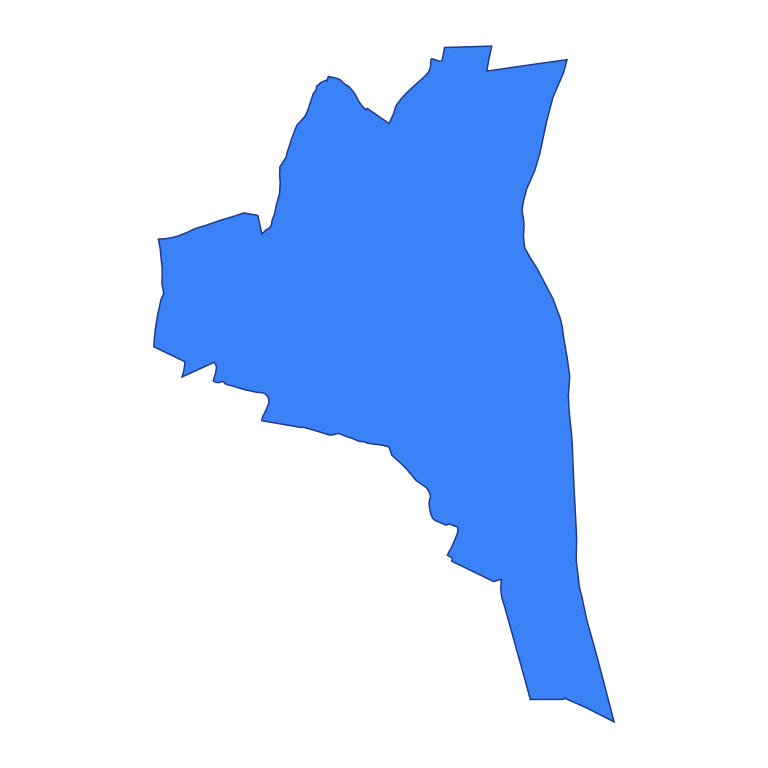 Santa Apolonia Teacalco, Tlaxcala, Mexico (Robinson projection)
{"feature_id": "50627088B24187550597040", "entity_name": "Santa Apolonia Teacalco", "entity_type": "district", "adm_level": 2, "iso_a3": "MEX", "parent_name": "Mexico", "parent_adm1": "Tlaxcala", "projection": "robinson", "projection_center": [-98.317, 19.242], "detail": "fine", "context": "isolated", "style": "filled", "palette": "blue", "viewbox_px": 768, "rotation_deg": 0, "n_neighbors": 0, "source": "geoboundaries", "source_scale": "gbopen_adm2", "svg_char_len": 3162}
<svg xmlns="http://www.w3.org/2000/svg" viewBox="0 0 768 768"><path d="M614.1,721.9L602.5,677.4L601.5,673.7L595.6,651.4L586.8,620.1L581.7,596.0L579.4,587.1L576.2,560.3L576.6,537.2L575.0,505.6L573.6,478.9L572.2,443.0L572.0,440.5L571.3,431.8L569.9,418.9L569.0,409.1L568.4,396.1L569.2,383.6L569.7,376.3L567.4,359.3L563.6,337.2L562.3,327.2L560.3,318.5L552.8,298.4L536.9,268.2L529.8,257.0L524.9,248.2L524.1,243.0L523.4,235.6L524.0,227.6L523.8,221.5L522.7,214.3L522.0,210.5L523.4,201.1L526.8,188.7L534.9,170.1L539.9,153.3L543.7,135.2L546.8,120.6L553.0,97.2L559.2,82.9L563.6,72.5L567.0,59.7L534.5,64.2L486.8,71.1L488.9,59.2L491.7,46.1L444.6,47.5L442.1,60.3L440.7,61.2L439.7,61.3L431.7,58.7L430.8,59.9L430.7,61.7L430.6,66.0L429.7,69.4L428.5,72.0L425.2,75.9L415.3,84.8L406.0,93.5L400.7,99.4L397.3,103.9L395.7,106.6L394.6,110.3L393.2,114.5L391.2,118.9L389.2,123.6L367.1,108.3L366.0,109.9L362.5,106.4L359.5,102.5L357.6,98.9L355.6,95.2L354.4,93.1L350.0,87.7L348.4,86.2L346.1,84.9L344.7,84.2L340.3,79.8L337.6,78.6L333.4,77.6L328.3,76.5L327.1,80.7L326.6,80.2L326.3,80.1L321.0,82.5L317.5,85.5L316.6,86.0L316.1,89.8L313.3,93.6L311.7,98.4L309.8,104.0L308.1,109.6L305.0,116.4L303.3,118.2L300.3,121.6L297.3,124.6L295.0,129.5L293.5,134.1L291.4,139.4L290.0,144.1L287.9,150.2L286.2,156.8L283.2,161.8L279.9,166.8L279.6,174.3L280.2,183.1L279.5,193.9L276.5,204.1L274.5,214.2L272.1,220.3L271.5,224.4L269.6,227.9L266.0,229.9L264.3,231.8L261.8,233.7L257.9,215.6L257.4,215.4L244.0,212.9L235.3,215.8L221.4,220.0L205.1,225.6L195.6,228.4L187.6,232.2L177.7,236.2L172.3,237.5L165.5,238.7L158.4,239.1L160.3,249.4L161.3,260.6L162.1,266.6L162.2,270.0L162.2,275.7L162.1,278.6L162.0,281.1L162.0,283.4L163.4,291.5L163.6,293.1L163.1,295.1L161.0,299.5L157.6,314.9L155.3,329.4L154.1,341.3L153.9,346.8L185.0,361.8L184.8,363.9L184.4,367.1L183.8,370.6L183.1,373.5L182.0,377.0L214.3,362.2L215.4,364.1L216.5,366.6L216.0,370.5L215.5,373.8L214.4,377.0L213.6,379.1L213.3,380.6L213.6,381.2L214.7,381.9L216.2,382.3L217.5,382.6L219.0,382.6L221.2,381.8L222.7,381.6L223.6,381.8L224.4,383.0L225.3,383.9L228.5,385.1L231.6,385.7L234.6,386.6L239.6,388.2L245.9,390.0L250.4,390.9L256.8,392.3L263.0,392.8L265.2,393.9L267.8,396.7L268.8,399.6L268.8,402.9L267.3,407.0L264.8,412.7L262.8,416.3L261.7,420.7L301.8,427.6L303.3,427.1L326.0,433.9L328.5,434.8L330.8,435.0L332.0,435.0L338.3,433.4L347.2,436.8L352.8,438.6L359.1,441.4L364.0,441.7L367.8,443.3L382.6,445.2L388.9,447.0L391.9,455.3L393.5,456.6L394.3,457.4L402.5,464.9L403.2,465.6L404.9,467.3L405.5,467.8L407.6,470.2L408.9,472.0L412.4,475.9L414.8,479.1L416.8,481.1L418.3,482.0L419.5,482.8L426.5,487.8L426.7,488.0L428.0,490.0L429.0,491.8L429.5,492.6L430.5,496.5L430.1,497.7L429.5,500.0L429.1,503.1L429.2,504.9L430.1,511.1L430.8,514.3L432.5,517.9L433.5,519.1L434.3,519.8L435.4,520.5L445.0,524.7L446.4,525.0L448.6,524.2L449.4,524.1L451.1,524.7L454.5,526.0L457.5,526.9L457.8,530.2L457.8,532.3L454.0,541.9L450.6,549.2L448.9,551.9L447.4,555.2L452.4,558.1L451.7,561.2L493.5,581.5L501.3,579.3L501.1,583.1L500.7,589.1L501.9,598.2L503.8,603.9L504.4,605.9L524.1,676.6L530.3,699.5L563.1,699.4L564.7,698.2L586.3,707.8L614.1,721.9Z" fill="#3b82f6" stroke="#1e3a8a" stroke-width="1.5"/></svg>